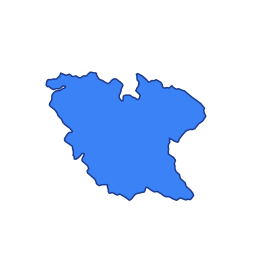 outline of Haifa, Haifa, Israel, rotated 127°
{"feature_id": "584046B37321511847561", "entity_name": "Haifa", "entity_type": "district", "adm_level": 2, "iso_a3": "ISR", "parent_name": "Israel", "parent_adm1": "Haifa", "projection": "natural_earth1", "projection_center": [35.062, 32.763], "detail": "fine", "context": "isolated", "style": "filled", "palette": "blue", "viewbox_px": 256, "rotation_deg": 127, "n_neighbors": 0, "source": "geoboundaries", "source_scale": "gbopen_adm2", "svg_char_len": 3540}
<svg xmlns="http://www.w3.org/2000/svg" viewBox="0 0 256 256"><g transform="rotate(127 128 128)"><path d="M124.7,214.7L127.3,213.9L131.9,214.6L133.6,216.9L135.0,218.0L136.1,219.0L136.7,220.1L138.1,221.1L139.6,220.9L141.3,220.1L143.1,219.0L143.5,217.4L142.6,216.3L142.6,213.8L142.4,212.0L142.1,210.5L139.9,209.1L139.3,208.4L138.3,206.6L136.9,206.1L134.8,205.6L133.6,205.2L133.0,204.7L132.5,202.9L133.2,202.5L134.7,202.9L135.9,203.8L137.5,204.4L138.6,204.6L139.5,205.3L140.3,206.4L141.5,207.5L142.3,208.0L144.3,208.5L146.4,208.6L147.7,208.3L149.7,207.0L151.2,205.9L155.2,205.4L156.7,204.8L157.4,203.5L157.4,200.6L157.6,196.7L159.0,193.1L160.1,191.5L160.7,188.8L161.1,186.0L161.8,184.9L162.6,183.5L163.2,180.5L163.3,177.3L163.2,174.3L164.1,170.5L165.4,170.3L166.2,171.5L167.1,172.3L168.3,172.6L171.7,172.6L174.8,172.2L176.2,171.0L176.4,168.0L176.0,162.0L176.7,160.8L178.0,159.6L179.3,157.9L180.6,156.7L182.8,155.5L183.2,153.8L185.0,152.3L184.3,150.8L181.9,149.9L179.1,149.4L177.3,149.4L175.8,149.2L175.0,147.4L175.7,146.9L177.6,146.6L179.3,146.3L180.8,145.8L181.9,144.9L182.1,142.8L182.3,139.4L182.6,137.2L183.9,135.1L185.5,134.8L187.1,134.7L188.2,133.3L188.5,128.7L188.9,123.6L190.3,121.0L191.4,119.7L191.6,117.7L191.1,116.0L189.4,115.0L188.0,113.5L186.5,111.5L185.9,110.0L187.2,109.2L188.1,108.1L188.7,106.9L190.7,105.4L191.3,103.7L190.0,102.4L188.8,101.4L188.6,99.3L188.2,96.6L187.1,95.6L185.7,94.8L185.4,92.9L184.8,87.2L184.9,83.6L183.8,82.8L182.2,82.5L179.3,82.5L176.4,82.2L174.5,81.0L172.9,79.7L172.2,79.0L170.9,78.1L169.6,76.7L168.6,76.6L167.7,76.8L166.1,77.5L164.2,77.7L163.7,76.2L163.8,73.8L163.6,71.0L163.3,68.8L162.1,67.4L161.0,66.2L160.5,61.6L160.6,59.3L160.5,57.7L159.9,56.1L158.5,54.4L157.9,52.8L157.7,50.0L157.0,47.6L156.5,45.8L155.2,45.1L153.4,44.7L152.5,44.2L151.8,42.5L151.2,40.1L150.5,38.4L148.8,37.3L148.0,35.6L147.3,35.0L145.7,34.9L142.4,35.0L141.0,37.2L140.1,40.6L139.8,44.2L139.7,45.8L139.3,46.9L137.4,49.4L136.8,55.7L135.6,57.4L134.2,58.9L134.0,63.1L132.2,66.1L129.8,67.9L128.9,69.4L127.0,70.1L125.2,70.7L124.2,73.5L124.2,75.5L124.5,79.8L122.7,81.6L120.3,83.0L118.5,84.8L116.3,85.9L114.5,85.9L113.4,86.9L111.3,88.5L110.7,85.3L110.7,83.6L109.7,80.1L108.5,79.5L106.2,80.4L101.3,80.4L96.8,80.1L94.3,79.4L91.6,77.4L90.3,75.4L88.1,74.2L82.5,74.2L79.6,73.2L77.2,72.6L75.6,72.6L71.8,73.0L70.3,75.7L68.7,78.0L66.1,78.9L64.7,84.7L64.7,91.2L64.9,95.6L64.4,105.4L65.3,107.6L66.2,111.2L68.1,113.0L68.3,116.5L67.8,118.4L71.2,119.2L71.7,119.9L72.4,121.4L73.8,122.4L74.6,124.0L73.9,125.7L72.8,126.7L71.8,129.2L72.1,132.5L72.7,134.8L74.3,135.3L75.1,136.5L76.1,137.8L77.2,138.1L78.4,138.4L79.0,139.6L78.5,141.2L78.1,144.1L77.9,147.9L78.4,151.4L78.9,153.3L80.2,153.5L81.1,152.1L82.6,151.0L84.1,149.6L84.6,147.1L87.0,145.5L88.4,144.9L90.2,144.9L93.5,144.2L93.9,142.0L94.2,139.3L94.7,137.9L97.2,137.0L98.3,136.7L99.7,137.8L99.8,141.1L100.6,142.8L100.6,145.9L101.2,147.2L103.1,149.5L104.4,150.7L105.9,150.6L108.1,149.2L109.0,148.4L110.2,149.7L109.6,152.3L108.5,153.8L107.0,154.7L105.0,155.1L102.5,155.9L101.3,156.8L98.8,157.3L96.9,157.8L96.2,159.4L96.0,162.2L96.0,166.0L96.2,167.5L97.9,169.2L100.2,169.8L102.2,169.8L103.6,170.1L104.7,170.8L105.2,173.5L105.4,176.9L106.2,179.4L106.3,181.3L105.5,182.8L104.6,185.1L103.4,186.1L103.6,187.2L104.9,189.0L105.3,190.5L106.2,191.7L108.5,192.3L110.8,192.4L111.8,193.0L112.9,194.6L114.8,195.6L116.3,196.0L117.2,197.1L117.6,199.1L117.7,201.0L119.4,202.2L120.5,203.5L120.2,205.3L120.4,207.3L123.1,209.0L123.8,211.5L124.4,213.9L124.7,214.7Z" fill="#3b82f6" stroke="#1e3a8a" stroke-width="1.5"/></g></svg>